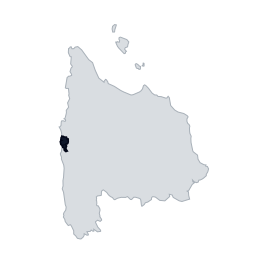 Bizkaia on a map of Spain (Natural Earth projection), rotated 263°
{"feature_id": "ESP-5851", "entity_name": "Bizkaia", "entity_type": "Autonomous Community", "adm_level": 1, "iso_a3": "ESP", "parent_name": "Spain", "parent_adm1": "", "projection": "natural_earth1", "projection_center": [-2.927, 43.237], "detail": "fine", "context": "in_parent", "style": "filled", "palette": "ink", "viewbox_px": 256, "rotation_deg": 263, "n_neighbors": 0, "source": "natural_earth", "source_scale": "10m", "svg_char_len": 4902}
<svg xmlns="http://www.w3.org/2000/svg" viewBox="0 0 256 256"><g transform="rotate(263 128 128)"><path d="M137.4,59.8L137.4,60.5L138.6,61.8L142.3,62.5L143.2,63.1L143.0,64.8L142.2,66.3L143.0,67.0L143.9,67.0L144.9,65.7L145.1,66.5L146.8,67.3L150.5,68.7L153.1,68.9L155.9,71.6L160.3,71.1L164.2,73.7L167.9,73.1L168.8,73.6L174.5,73.7L174.8,71.5L175.5,70.7L185.5,73.7L186.7,75.5L186.5,76.4L187.1,78.5L188.4,78.5L191.0,77.3L194.4,78.8L195.4,80.1L196.1,80.2L198.6,78.9L205.6,80.4L205.8,79.4L206.3,79.1L209.2,78.2L210.4,78.0L214.1,78.7L214.6,79.9L215.3,80.3L215.6,81.4L213.5,82.0L213.3,83.8L214.7,85.4L214.9,88.1L211.2,91.5L200.7,97.3L197.2,100.8L189.3,102.5L181.1,105.1L176.3,109.8L177.5,110.1L179.0,111.7L178.5,112.4L176.4,113.5L174.5,113.8L171.0,119.5L166.1,125.4L164.3,128.1L160.4,135.0L160.4,137.0L162.4,143.9L163.5,145.7L165.1,147.2L168.1,148.5L168.8,149.8L167.8,151.0L164.9,153.2L159.8,156.1L157.6,158.4L157.2,160.6L155.7,161.6L155.1,164.7L153.1,169.0L153.0,170.2L154.6,171.7L153.0,172.7L145.1,173.1L140.2,176.5L137.8,179.5L135.6,185.1L132.9,188.4L131.7,189.0L129.8,187.6L127.5,187.3L125.3,187.8L124.1,189.0L122.3,189.6L120.5,189.0L116.6,188.7L114.9,188.8L112.2,189.7L109.9,189.1L105.9,188.8L97.5,189.5L96.4,189.9L92.6,193.7L88.5,193.7L84.8,195.3L82.3,198.9L81.8,200.9L81.1,200.4L80.5,200.6L80.2,202.1L77.6,203.0L74.7,201.8L72.4,200.0L71.1,199.9L69.1,197.0L68.2,195.2L67.6,193.3L67.6,191.9L65.8,191.1L65.4,189.3L66.7,187.0L68.5,185.7L66.8,185.8L65.6,187.3L64.2,184.9L58.1,180.3L58.4,178.6L57.4,179.9L56.7,180.2L53.5,180.0L49.9,180.5L48.5,172.6L49.5,169.9L53.6,164.4L56.1,163.7L57.2,160.9L54.9,161.0L51.2,155.7L52.3,150.7L56.0,146.9L56.6,145.4L56.8,144.0L56.1,143.0L54.1,142.5L52.1,138.6L51.7,136.1L50.0,134.7L48.6,132.3L49.9,131.9L55.1,131.9L56.4,131.3L57.3,129.6L58.4,126.9L58.6,125.3L56.6,122.9L56.6,122.4L56.8,121.7L60.0,119.1L59.4,117.1L60.0,113.0L59.8,110.6L59.5,108.7L58.4,106.2L59.1,105.1L60.8,104.2L62.1,102.2L64.1,100.4L66.6,99.1L69.6,96.0L69.1,94.7L68.1,93.9L64.5,93.3L64.3,92.7L64.3,89.4L63.4,88.1L62.1,88.3L60.1,87.7L59.6,88.0L57.1,87.9L55.3,87.4L54.6,87.9L54.3,89.0L51.3,90.2L49.7,90.2L46.9,89.1L43.8,89.5L43.4,89.2L40.7,90.6L39.8,90.6L38.7,89.0L40.2,86.6L39.0,84.4L38.2,84.3L33.2,86.0L30.3,88.1L29.1,88.4L28.7,88.0L28.7,85.0L31.7,81.7L29.8,81.5L29.9,80.5L31.2,79.0L30.0,77.9L30.1,74.6L27.3,75.7L26.6,75.5L26.6,74.2L28.4,71.6L26.6,71.3L25.3,70.3L23.7,68.1L23.7,67.0L24.7,64.3L27.1,63.1L29.4,61.2L32.6,61.6L37.3,60.0L39.0,59.2L38.9,58.1L38.4,57.3L38.9,56.5L42.8,54.3L45.1,54.1L47.5,53.0L49.0,53.7L50.4,53.4L52.0,54.3L54.1,56.2L57.1,57.0L59.6,56.4L72.1,56.2L75.6,55.3L78.4,56.5L83.7,57.0L86.9,58.0L95.8,59.7L99.0,59.7L105.4,58.1L107.2,58.5L109.8,57.7L111.0,57.8L112.6,59.0L118.3,60.5L119.8,59.2L120.9,58.9L125.0,59.7L129.1,61.4L131.2,61.5L134.4,61.0L137.4,59.8ZM214.2,129.8L215.7,130.4L217.3,129.8L218.1,130.0L218.9,130.3L219.1,131.6L215.9,137.6L213.3,139.3L210.6,138.0L209.0,137.6L208.5,137.2L208.1,135.2L207.4,134.6L206.4,134.3L204.3,135.8L203.7,134.8L202.7,134.6L202.3,134.0L202.3,133.2L208.6,128.5L210.4,127.5L214.3,126.3L214.9,126.5L214.4,127.2L215.0,127.8L214.2,129.8ZM232.3,127.3L231.7,129.0L226.9,126.8L225.3,126.5L224.9,126.2L225.1,124.5L228.2,124.3L230.8,125.1L232.3,127.3ZM188.1,146.7L187.6,147.9L185.2,147.5L184.7,147.0L185.2,145.6L185.8,145.5L185.9,144.5L186.6,143.6L189.9,142.8L190.7,143.4L190.8,144.4L188.9,146.4L188.1,146.7ZM190.5,151.5L190.1,151.8L187.6,151.5L187.5,150.7L188.0,149.6L189.0,150.7L190.5,150.9L190.5,151.5Z" fill="#d9dde1" stroke="#a8b0b8" stroke-width="1"/><path d="M116.7,60.8L117.0,60.8L117.3,60.9L117.6,60.6L118.1,60.9L118.8,61.5L118.8,61.4L118.7,60.9L118.6,60.7L118.5,60.4L118.8,60.3L119.0,60.1L119.6,59.7L119.9,59.7L119.8,59.4L120.0,59.3L120.4,59.2L121.2,59.3L121.9,59.2L122.2,59.1L122.5,59.0L123.0,59.2L123.3,59.5L123.6,60.2L123.7,60.6L123.9,60.2L123.9,59.9L124.0,59.8L124.3,59.8L124.5,59.9L125.0,60.0L125.8,60.3L126.5,60.4L126.8,60.6L127.1,61.0L128.0,61.3L127.5,62.1L127.8,62.5L127.2,63.3L126.9,63.3L126.7,63.4L126.8,64.2L126.7,64.4L126.6,64.5L126.6,65.4L126.6,65.7L126.4,65.9L125.9,66.0L125.1,66.1L124.7,66.0L124.2,66.2L124.2,66.3L124.5,66.8L124.6,67.0L124.5,67.3L124.0,67.2L123.8,67.3L123.6,67.3L123.0,67.1L122.3,67.2L121.6,67.0L121.2,66.8L120.6,66.8L119.8,66.1L119.6,65.8L119.7,65.6L119.9,65.1L119.9,64.9L119.7,64.3L119.4,64.0L119.2,63.8L119.0,63.7L118.7,63.8L118.6,64.0L118.6,64.4L118.5,64.6L118.3,64.7L117.4,64.9L117.2,64.8L116.8,64.5L116.8,64.3L116.7,64.3L116.7,64.2L116.3,64.1L115.8,64.1L115.5,64.1L115.2,63.9L114.9,63.8L114.7,63.9L113.4,64.6L112.5,65.0L112.5,64.7L112.4,64.3L112.3,64.2L112.2,64.1L112.2,63.9L112.3,63.8L112.3,63.6L112.2,63.5L112.2,63.4L112.2,63.2L112.4,63.0L113.7,62.2L113.8,62.0L114.0,61.9L115.0,62.0L115.4,61.9L115.7,62.0L115.9,62.1L116.5,61.8L116.6,61.6L116.7,61.4L116.7,60.9L116.7,60.8ZM114.4,63.5L114.9,63.3L114.9,63.1L114.6,62.8L114.3,62.7L114.3,63.4L114.4,63.5Z" fill="#0f172a" stroke="#020617" stroke-width="1.5"/></g></svg>